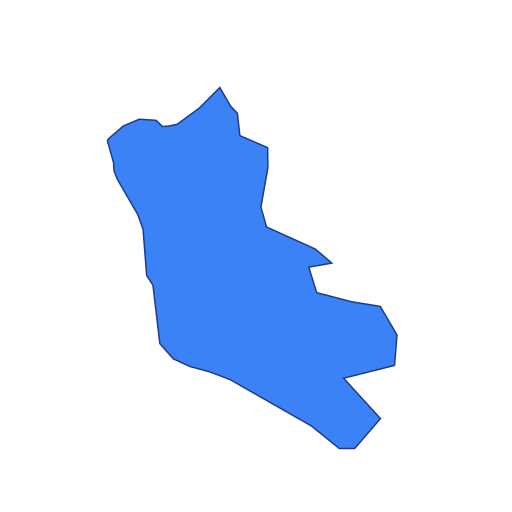 map outline of Pavilostas (Albers equal-area conic projection), rotated 297°
{"feature_id": "LVA-5719", "entity_name": "Pavilostas", "entity_type": "Municipality", "adm_level": 1, "iso_a3": "LVA", "parent_name": "Latvia", "parent_adm1": "", "projection": "albers", "projection_center": [21.267, 56.804], "detail": "fine", "context": "isolated", "style": "filled", "palette": "blue", "viewbox_px": 512, "rotation_deg": 297, "n_neighbors": 0, "source": "natural_earth", "source_scale": "10m", "svg_char_len": 680}
<svg xmlns="http://www.w3.org/2000/svg" viewBox="0 0 512 512"><g transform="rotate(297 256 256)"><path d="M122.3,417.7L129.7,382.3L134.1,288.8L131.7,267.1L127.6,247.6L126.8,229.1L134.3,210.1L183.3,177.4L189.0,167.4L228.5,143.3L239.3,131.8L261.1,98.1L267.1,91.1L274.5,86.7L291.2,71.3L293.3,71.3L311.7,78.8L324.9,89.9L331.5,105.3L328.9,114.0L332.4,119.5L337.6,126.0L362.2,138.4L389.7,147.3L378.1,165.1L374.7,174.6L355.9,187.0L357.8,217.2L340.0,226.5L301.8,238.2L286.6,252.2L289.1,305.8L284.1,326.7L270.0,308.1L250.9,326.7L258.5,361.6L267.5,389.6L249.6,417.5L221.4,429.1L186.9,389.5L167.6,440.7L129.3,431.3L122.3,417.7Z" fill="#3b82f6" stroke="#1e3a8a" stroke-width="1.5"/></g></svg>